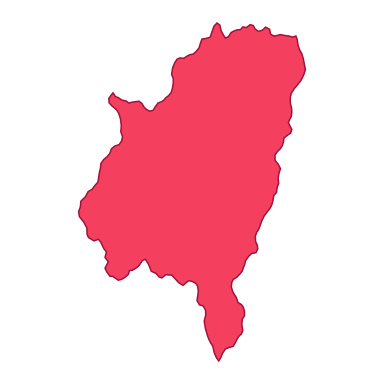 Muzambinho, Minas Gerais, Brazil (Equal Earth projection)
{"feature_id": "56859067B59746480079814", "entity_name": "Muzambinho", "entity_type": "district", "adm_level": 2, "iso_a3": "BRA", "parent_name": "Brazil", "parent_adm1": "Minas Gerais", "projection": "equal_earth", "projection_center": [-46.515, -21.373], "detail": "fine", "context": "isolated", "style": "filled", "palette": "rose", "viewbox_px": 384, "rotation_deg": 0, "n_neighbors": 0, "source": "geoboundaries", "source_scale": "gbopen_adm2", "svg_char_len": 2926}
<svg xmlns="http://www.w3.org/2000/svg" viewBox="0 0 384 384"><path d="M266.6,212.7L269.8,208.7L271.7,205.1L272.8,201.2L273.9,195.4L276.5,192.5L277.2,187.4L278.7,183.3L278.1,178.1L279.1,172.8L280.5,168.7L278.2,164.2L275.1,160.4L275.0,155.0L277.5,151.5L280.4,148.7L282.1,146.0L283.4,142.4L284.0,138.0L287.4,135.3L290.7,133.1L291.8,129.5L290.0,126.1L288.4,122.4L289.9,119.2L291.3,116.3L291.8,112.1L291.6,108.4L290.3,103.0L290.3,97.3L291.3,93.4L294.3,88.6L297.1,85.3L300.4,81.3L302.5,77.4L304.0,74.1L305.4,69.5L304.4,64.3L303.3,58.8L301.8,53.7L299.3,49.3L298.0,44.8L297.2,39.6L295.9,36.0L292.5,37.1L288.8,36.0L284.3,35.4L280.3,34.6L276.7,35.6L273.7,36.0L270.5,34.0L269.6,29.3L265.6,27.1L262.4,30.2L258.3,31.3L255.0,28.8L253.3,25.6L250.2,24.6L246.4,27.5L242.8,26.9L240.5,29.6L237.1,29.9L233.8,31.0L231.0,32.7L228.5,36.6L225.5,38.1L223.4,35.0L221.2,30.8L219.8,25.0L217.0,23.0L214.0,26.1L212.1,31.4L210.2,37.2L205.8,38.5L202.0,39.0L200.6,42.7L199.0,47.9L195.9,51.7L193.1,54.1L190.2,54.6L186.9,56.2L183.8,58.3L179.9,57.9L176.9,59.3L174.6,63.0L172.6,67.9L171.6,74.5L173.3,78.7L173.2,83.9L172.2,89.1L171.1,92.6L168.4,95.8L165.7,97.8L163.8,100.3L161.4,101.7L158.0,103.0L155.1,107.0L153.2,110.3L149.8,111.2L146.5,109.5L143.9,106.9L141.9,103.4L139.0,101.2L135.4,101.7L131.9,102.2L128.8,103.0L125.9,100.9L121.9,100.1L118.3,97.6L115.5,96.6L113.0,92.8L110.7,95.7L108.8,98.5L109.1,102.8L111.7,105.7L114.7,108.2L116.9,110.3L118.9,113.8L120.5,119.0L121.3,125.7L120.8,131.7L122.5,136.7L121.6,140.9L119.1,144.6L114.6,146.1L111.3,149.0L109.9,153.3L107.1,156.7L103.7,159.5L100.9,163.5L100.5,167.9L99.5,171.9L98.7,177.1L97.9,182.1L94.8,185.6L92.1,189.3L88.1,191.6L85.5,196.6L80.9,201.2L80.3,207.2L78.6,211.4L79.4,216.7L83.7,222.0L86.8,227.8L87.1,234.5L88.5,237.6L94.1,240.9L98.4,239.3L100.6,241.9L104.1,249.1L106.4,251.8L105.0,257.5L108.3,261.8L105.0,268.2L106.8,271.9L110.0,276.3L112.8,276.4L118.2,280.2L121.5,279.4L125.1,277.3L128.5,274.2L129.4,270.5L132.2,270.3L135.0,268.8L138.6,266.2L142.3,260.7L145.2,259.2L148.4,264.0L151.3,271.3L156.0,273.4L159.1,277.0L161.8,277.9L165.8,274.7L171.9,275.2L178.8,282.8L183.0,285.4L186.1,282.7L188.7,280.7L192.3,281.5L195.9,283.4L197.6,286.3L198.3,291.1L197.9,294.8L197.0,300.5L199.4,304.9L203.1,305.8L205.6,310.4L205.7,315.2L204.2,321.0L205.5,328.9L206.7,332.8L207.6,336.1L209.0,339.6L210.7,342.9L212.8,346.3L214.2,352.5L216.4,357.7L218.8,361.0L220.7,357.7L222.7,353.1L225.5,348.9L229.2,347.5L233.2,346.3L235.3,342.7L236.8,339.7L238.7,336.5L241.3,334.0L242.8,330.6L241.8,324.4L242.3,319.2L244.5,315.7L244.5,311.5L243.4,307.3L241.5,304.6L238.0,302.5L236.3,297.5L234.3,294.4L232.6,291.3L231.3,286.7L231.8,282.4L233.3,279.4L236.6,277.4L239.7,274.3L242.1,271.3L243.4,267.6L244.8,264.2L245.5,260.7L248.7,256.3L251.8,253.4L256.0,252.7L257.8,248.6L257.1,244.7L255.6,241.6L255.3,236.2L256.7,232.3L258.6,229.5L260.3,225.1L261.9,220.7L263.9,216.4L266.6,212.7Z" fill="#f43f5e" stroke="#9f1239" stroke-width="1.5"/></svg>